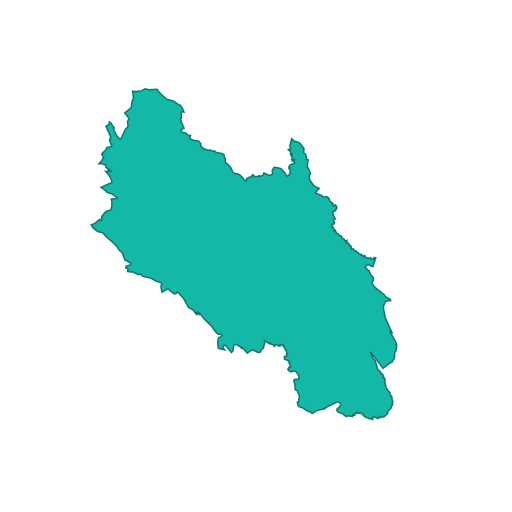 outline of Cardonal, Hidalgo, Mexico, rotated 319°
{"feature_id": "50627088B80156455392476", "entity_name": "Cardonal", "entity_type": "district", "adm_level": 2, "iso_a3": "MEX", "parent_name": "Mexico", "parent_adm1": "Hidalgo", "projection": "equal_earth", "projection_center": [-99.045, 20.596], "detail": "fine", "context": "isolated", "style": "filled", "palette": "teal", "viewbox_px": 512, "rotation_deg": 319, "n_neighbors": 0, "source": "geoboundaries", "source_scale": "gbopen_adm2", "svg_char_len": 6102}
<svg xmlns="http://www.w3.org/2000/svg" viewBox="0 0 512 512"><g transform="rotate(319 256 256)"><path d="M348.5,202.5L347.3,207.0L346.3,206.7L346.6,207.7L347.6,208.1L346.3,208.3L345.3,207.5L346.1,208.8L347.1,209.2L346.1,211.2L341.7,209.7L339.8,210.1L339.0,210.6L339.2,211.7L338.3,211.6L337.9,214.1L336.4,215.2L336.3,216.3L332.2,216.4L331.6,215.0L332.4,212.1L332.1,206.2L328.1,200.9L324.5,202.0L322.4,204.9L320.2,204.7L318.5,203.1L316.4,198.5L314.8,199.6L312.3,199.2L310.7,197.2L310.2,197.8L307.2,195.2L307.0,192.9L306.6,193.3L305.7,192.6L304.4,193.5L302.9,192.1L301.1,192.1L299.9,191.2L298.4,193.0L297.3,192.6L297.1,184.4L295.7,181.5L294.5,180.5L293.5,177.5L295.0,172.5L294.9,167.6L294.2,165.2L296.7,162.4L296.9,160.7L298.2,158.8L297.4,156.0L294.1,152.2L293.4,149.2L292.1,148.6L291.0,146.0L289.4,145.0L286.9,140.6L286.4,138.3L286.9,136.1L288.0,135.3L288.1,131.6L284.7,127.7L283.4,124.7L283.4,123.7L285.6,122.0L284.2,120.9L283.6,116.9L281.4,114.4L281.5,112.8L282.6,111.4L285.5,112.4L288.4,103.5L290.1,103.0L293.7,98.5L294.5,98.5L296.0,100.2L297.2,97.0L297.9,92.7L296.8,90.9L295.2,84.4L291.6,79.6L290.6,73.0L290.4,67.6L290.9,65.5L283.8,59.8L282.1,57.1L277.3,56.1L274.5,53.8L273.1,53.6L272.8,52.4L272.1,52.3L271.0,50.6L267.1,56.6L264.4,57.6L259.1,62.2L250.8,61.9L250.4,68.9L247.2,70.3L245.3,73.2L243.4,74.6L240.9,74.6L230.8,78.9L229.8,77.6L229.7,74.6L231.3,67.5L233.2,66.2L233.2,62.6L233.9,61.2L233.3,58.6L231.5,60.2L227.7,59.7L227.6,61.5L226.4,63.9L226.2,66.6L225.4,67.3L225.0,69.3L223.9,71.2L221.3,72.6L220.5,75.3L219.8,75.9L220.0,77.3L219.0,78.6L214.4,76.2L212.8,77.4L206.5,77.7L205.9,79.6L206.2,81.1L202.7,82.7L198.0,83.4L200.2,85.1L201.8,88.2L202.0,89.7L200.8,90.7L201.5,92.6L201.2,93.3L202.5,95.9L202.1,97.3L201.3,95.8L200.3,95.4L200.2,94.5L198.9,94.8L198.1,93.7L198.0,99.2L196.3,105.0L195.1,105.8L184.1,102.5L185.3,107.8L185.3,110.2L188.1,114.8L189.6,121.2L187.9,120.9L184.0,118.1L183.2,120.0L180.1,123.6L176.5,126.0L172.5,124.1L170.7,124.0L165.6,125.0L162.9,127.9L162.2,127.3L162.1,125.7L155.8,125.7L152.1,124.5L152.3,125.3L151.4,127.0L152.0,131.2L152.7,134.0L155.6,137.8L155.6,142.6L157.1,154.1L157.3,157.4L156.6,161.7L157.2,165.7L154.4,173.0L155.4,175.3L156.0,175.4L155.8,177.1L156.7,178.9L156.6,180.0L155.8,180.4L151.2,178.5L149.9,179.6L150.9,181.0L150.7,182.0L148.9,183.4L152.8,187.7L154.8,192.6L156.9,194.0L157.2,197.0L162.1,203.7L163.8,208.7L166.9,214.3L166.7,215.4L165.0,216.0L163.7,217.4L161.3,221.6L168.0,223.1L169.3,230.9L171.0,231.9L172.8,231.3L173.2,232.1L173.5,240.5L171.3,250.6L173.0,254.9L172.8,262.0L173.8,259.9L174.6,262.4L175.3,260.4L176.1,262.0L175.6,269.2L176.4,279.7L175.7,287.6L176.1,290.2L177.7,291.4L178.5,293.6L176.5,294.0L174.4,293.1L172.7,294.1L170.5,295.9L167.0,301.0L170.8,306.3L170.9,304.0L171.8,302.5L173.2,302.5L174.4,303.6L174.2,312.7L176.2,312.6L180.8,308.8L182.2,309.0L183.2,310.1L184.5,313.8L184.5,316.1L185.5,315.9L185.1,316.7L185.8,317.8L185.6,323.5L191.7,324.2L194.2,330.1L195.5,331.2L196.4,331.3L198.3,330.2L200.9,330.4L205.4,327.5L206.8,325.4L206.7,324.5L208.6,331.1L209.7,330.6L209.4,332.0L210.3,334.0L211.3,334.8L210.7,336.3L213.3,336.0L214.1,338.9L215.5,338.7L215.2,339.8L216.9,339.3L217.9,340.4L217.4,341.1L218.0,342.1L217.1,342.6L217.6,344.0L216.5,346.0L216.8,346.7L215.8,349.5L214.6,350.0L214.4,351.0L213.5,351.7L211.4,350.5L209.8,352.5L211.9,356.5L211.3,357.6L211.8,358.1L210.6,358.7L209.7,362.3L208.4,362.2L208.3,361.6L205.6,362.5L205.6,364.7L206.5,366.6L209.3,367.6L210.3,369.3L209.8,374.7L207.2,377.0L204.0,374.3L202.7,374.9L201.1,378.5L197.9,382.6L198.7,384.7L196.9,390.4L194.3,392.0L192.7,393.9L191.2,393.5L189.5,396.8L189.6,397.7L191.5,401.0L193.5,407.8L195.2,409.5L194.8,410.7L195.2,411.8L200.3,412.5L207.9,416.5L208.1,415.8L222.0,419.6L222.9,421.4L222.5,423.7L220.7,424.6L216.4,424.7L215.6,426.1L215.5,427.5L217.9,432.1L218.7,436.3L220.5,437.0L223.6,440.4L225.1,439.1L225.3,440.6L226.1,441.0L227.2,440.0L228.7,440.7L229.3,439.9L229.4,440.9L230.3,441.2L230.4,442.5L231.5,442.8L232.8,445.4L232.3,446.4L232.7,448.9L235.4,454.2L236.9,455.0L237.0,455.8L239.2,453.9L241.2,458.5L242.1,457.7L243.2,459.3L243.9,458.8L244.3,459.6L245.3,459.2L245.5,460.2L246.4,460.3L246.7,461.3L251.6,461.4L251.8,460.7L255.5,459.5L257.3,459.7L260.4,457.9L261.1,458.2L261.5,457.2L263.5,456.0L265.0,452.6L265.8,452.2L266.6,448.1L267.6,446.7L267.2,445.7L267.7,440.9L270.3,435.8L272.0,434.4L273.0,432.5L271.9,431.6L273.6,430.3L273.8,427.0L273.0,426.9L274.0,424.9L273.3,421.9L277.3,413.2L277.0,410.4L279.2,403.3L279.5,405.4L278.9,407.0L279.2,410.0L278.2,424.1L286.3,424.5L289.1,425.4L293.6,423.7L298.1,419.4L299.4,419.5L303.7,415.7L303.6,414.7L304.4,414.3L305.0,412.8L307.3,401.2L308.0,401.4L308.4,402.9L313.1,387.4L317.3,380.0L320.1,376.6L321.2,376.8L323.2,375.4L325.3,375.8L328.3,378.0L329.0,376.9L327.0,371.4L327.5,368.6L326.6,366.7L326.8,365.0L325.8,362.0L325.2,356.4L325.6,352.3L328.7,351.3L330.3,349.4L330.4,345.0L331.6,341.4L331.0,338.3L331.2,335.6L335.2,336.1L336.6,340.0L337.4,340.7L345.2,335.9L344.0,334.6L343.0,336.0L342.6,335.7L341.4,334.0L341.5,332.6L339.7,332.2L339.4,331.0L337.9,329.7L338.4,327.1L336.8,327.1L336.8,324.6L335.8,324.6L335.9,322.9L335.0,321.6L335.4,320.3L334.6,319.3L335.0,317.8L333.5,316.6L334.3,314.6L332.6,313.6L334.2,310.7L333.1,309.9L334.0,308.4L334.0,305.6L332.9,305.5L334.9,303.8L332.7,302.7L333.6,301.2L332.8,299.1L333.5,296.7L332.2,295.1L332.7,293.7L331.8,291.4L332.7,288.6L331.3,288.2L332.7,286.8L332.0,284.7L333.1,284.8L333.3,282.2L334.4,282.0L335.5,283.0L336.9,282.5L338.2,279.6L339.5,279.3L340.1,280.0L341.1,276.0L342.8,273.0L345.3,273.9L348.0,273.1L349.3,271.8L349.4,269.4L347.6,269.1L347.3,268.3L348.5,266.9L347.7,263.1L348.8,260.6L348.4,257.6L345.7,256.0L345.2,253.4L342.1,247.2L348.1,246.4L346.3,243.0L345.8,239.9L346.5,233.6L348.6,230.3L350.7,230.0L351.3,229.2L353.0,224.7L353.1,222.3L358.5,217.5L357.2,215.8L358.9,214.4L360.2,211.7L359.7,209.3L362.8,206.3L363.1,199.5L361.8,196.5L360.2,194.6L359.9,190.9L354.0,194.9L352.3,198.0L350.2,196.8L349.7,198.0L350.4,197.2L350.9,197.9L350.2,199.2L350.2,203.2L349.6,200.3L349.6,204.1L349.3,202.3L349.1,203.1L348.5,202.5Z" fill="#14b8a6" stroke="#0f766e" stroke-width="1.5"/></g></svg>